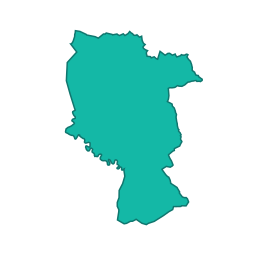 the district of Misau, Bauchi, Nigeria, rotated 108°
{"feature_id": "59680162B30906229675123", "entity_name": "Misau", "entity_type": "district", "adm_level": 2, "iso_a3": "NGA", "parent_name": "Nigeria", "parent_adm1": "Bauchi", "projection": "mercator", "projection_center": [10.494, 11.386], "detail": "fine", "context": "isolated", "style": "filled", "palette": "teal", "viewbox_px": 256, "rotation_deg": 108, "n_neighbors": 0, "source": "geoboundaries", "source_scale": "gbopen_adm2", "svg_char_len": 4518}
<svg xmlns="http://www.w3.org/2000/svg" viewBox="0 0 256 256"><g transform="rotate(108 128 128)"><path d="M176.2,51.2L176.8,52.8L176.8,53.1L176.8,55.0L173.9,59.1L172.9,59.1L169.5,63.0L169.4,63.0L167.4,70.3L167.2,70.3L164.6,71.8L162.2,74.0L161.9,75.5L160.7,77.8L156.9,82.9L156.6,82.9L152.7,79.7L152.2,75.7L150.5,74.2L149.3,73.7L146.0,76.4L143.8,78.9L141.8,80.7L140.9,81.2L136.1,78.2L135.1,77.0L134.8,77.2L133.2,77.5L129.2,73.3L126.6,73.0L124.4,72.5L123.5,73.3L122.9,74.3L121.5,74.8L120.0,74.8L119.2,75.8L118.1,75.4L117.2,76.3L116.5,76.9L115.4,78.9L114.4,79.1L113.8,79.1L113.4,80.0L110.7,81.7L109.5,82.2L108.7,82.5L106.6,83.8L102.7,85.7L100.4,86.0L100.0,86.2L98.1,88.0L97.6,88.0L94.7,90.2L93.5,92.5L91.6,93.5L90.7,98.7L88.5,98.5L87.3,98.6L84.6,99.1L77.9,101.9L76.8,100.8L76.2,98.6L75.1,96.3L74.6,95.7L72.4,94.0L72.3,93.1L72.5,92.7L71.7,89.6L69.4,87.3L67.5,86.2L65.8,85.1L65.2,83.7L63.8,81.9L63.0,80.1L62.7,79.8L61.8,77.9L62.4,76.9L61.5,74.6L61.5,73.5L59.9,72.2L58.7,72.5L58.1,74.5L57.7,75.5L57.5,76.4L57.2,76.6L56.9,77.0L56.4,77.3L56.5,77.9L56.6,79.0L56.6,79.3L56.7,79.7L54.7,81.8L54.4,81.8L54.3,82.1L54.2,82.4L54.1,82.9L54.0,83.0L53.9,83.1L53.9,83.3L53.4,84.7L51.3,85.4L50.7,85.5L49.9,86.0L48.8,86.7L47.9,87.2L46.4,88.4L45.2,89.3L44.5,90.7L44.0,91.7L42.2,93.9L39.8,93.6L39.6,94.7L39.8,95.4L41.1,96.5L41.8,98.5L41.7,99.8L42.5,100.3L42.9,100.3L45.3,103.5L44.1,105.2L43.1,106.0L45.0,108.3L44.1,111.5L44.7,113.1L47.3,115.2L45.2,121.2L53.4,121.1L53.3,122.6L52.2,125.1L54.1,127.6L53.2,128.7L53.9,132.0L51.6,133.5L49.9,133.9L48.4,133.3L48.2,135.6L47.5,137.8L46.7,138.6L45.9,138.7L43.3,137.5L42.9,139.0L42.1,140.1L40.8,141.1L40.8,141.3L39.7,141.9L36.5,143.4L37.8,144.8L38.0,145.3L36.6,148.3L37.2,148.7L37.9,150.6L37.9,151.3L36.8,153.0L36.8,153.9L35.7,156.2L38.2,157.1L41.0,159.5L39.9,161.6L42.7,164.7L42.3,167.2L42.0,167.5L44.2,171.5L43.9,172.0L44.4,178.1L45.6,178.7L46.2,180.4L51.7,184.0L51.3,187.5L52.3,196.1L52.2,196.3L51.9,196.6L51.0,203.6L51.7,208.1L53.9,207.6L55.4,207.6L57.5,207.0L60.0,207.0L61.6,207.0L62.5,207.0L63.5,207.2L64.6,207.5L65.6,208.0L65.8,208.5L71.6,200.2L84.5,206.0L88.1,205.0L91.4,204.1L95.9,202.9L102.1,201.2L113.8,193.4L125.8,184.9L127.3,183.7L129.5,185.6L130.5,185.4L132.2,184.0L133.0,183.0L133.7,181.6L135.1,181.2L135.5,181.8L136.3,182.7L136.8,183.4L138.1,183.7L138.7,183.3L138.9,182.3L139.4,181.4L140.0,180.5L140.7,180.6L141.5,181.1L142.3,181.7L143.3,182.3L144.1,183.1L145.0,184.0L145.8,185.1L146.8,185.8L148.0,186.6L148.8,186.5L149.8,186.4L150.1,186.4L151.0,186.2L151.5,185.7L151.8,183.4L152.2,182.1L152.4,180.6L152.4,179.3L152.1,178.1L152.5,177.0L153.3,176.2L154.7,175.2L154.7,174.4L154.0,174.0L153.2,173.8L151.5,173.4L150.6,173.2L149.8,173.0L149.7,172.3L149.8,171.7L150.4,171.6L150.7,171.0L151.2,169.8L151.5,168.7L151.9,167.4L151.7,166.5L152.1,166.0L152.5,165.6L153.6,165.2L154.8,165.1L155.4,164.3L155.4,163.4L154.9,162.7L154.4,161.9L153.8,161.0L153.8,159.7L154.6,159.2L155.4,159.0L156.4,158.7L157.3,158.5L158.1,158.9L158.2,159.7L157.9,160.9L157.9,161.7L157.9,162.1L158.3,162.5L159.3,162.4L160.2,161.7L161.2,161.0L161.8,160.1L162.2,159.1L161.9,158.1L161.1,157.7L159.9,157.5L159.1,157.5L158.6,157.0L158.5,156.7L158.7,156.0L159.2,155.0L160.2,155.0L161.2,155.0L162.0,154.6L162.4,153.5L162.6,152.6L163.2,151.9L164.2,151.6L165.3,150.8L165.1,150.3L164.9,149.9L164.7,149.1L164.8,148.6L164.3,147.9L163.6,147.8L162.7,147.6L161.9,147.2L161.2,145.8L161.6,144.9L162.4,144.7L163.1,145.0L163.9,145.0L164.5,145.2L165.1,145.1L166.1,144.8L166.9,143.0L166.9,142.0L166.7,141.1L166.1,139.8L166.1,138.6L166.4,137.8L167.2,137.1L168.2,136.6L168.9,136.3L169.4,135.7L169.2,134.7L168.7,134.2L167.3,134.3L165.8,135.6L165.2,136.4L164.5,136.7L163.9,136.6L163.8,135.9L164.2,134.9L165.3,133.8L166.2,132.9L166.8,131.7L166.7,130.9L166.0,130.4L165.1,130.3L163.4,130.5L162.7,130.3L162.3,130.2L162.0,129.3L162.2,128.5L162.9,127.7L164.2,127.5L165.1,127.4L166.0,127.0L166.0,126.2L166.5,125.0L167.5,125.0L168.2,125.5L169.3,126.1L169.9,125.9L170.0,125.0L169.8,124.4L168.9,123.8L167.9,123.8L167.4,123.4L167.4,122.6L167.9,121.7L169.4,121.3L169.9,120.8L169.7,120.2L169.0,119.7L168.4,119.3L168.1,119.0L169.1,119.0L174.9,116.1L182.6,115.9L186.2,116.5L190.1,117.1L197.0,115.0L202.1,115.2L205.8,114.0L208.6,111.4L210.6,110.9L218.7,109.6L220.3,102.1L219.1,99.9L216.0,96.9L215.2,94.8L215.1,94.7L212.8,92.4L212.3,92.1L214.3,85.3L214.2,80.7L212.4,79.2L208.7,74.2L200.3,67.2L195.0,63.3L191.8,60.3L188.7,60.4L186.3,53.5L185.4,53.0L184.1,48.7L182.5,48.3L179.6,47.5L177.0,49.6L176.2,51.2Z" fill="#14b8a6" stroke="#0f766e" stroke-width="1.5"/></g></svg>